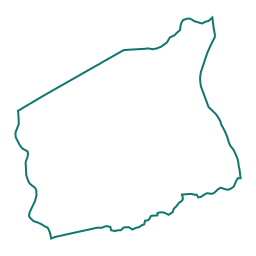 Itaguatins, Tocantins, Brazil
{"feature_id": "56859067B12932377122476", "entity_name": "Itaguatins", "entity_type": "district", "adm_level": 2, "iso_a3": "BRA", "parent_name": "Brazil", "parent_adm1": "Tocantins", "projection": "mercator", "projection_center": [-47.574, -5.788], "detail": "fine", "context": "isolated", "style": "outline", "palette": "teal", "viewbox_px": 256, "rotation_deg": 0, "n_neighbors": 0, "source": "geoboundaries", "source_scale": "gbopen_adm2", "svg_char_len": 1856}
<svg xmlns="http://www.w3.org/2000/svg" viewBox="0 0 256 256"><path d="M237.5,158.5L233.7,150.1L230.1,145.4L228.6,141.7L227.1,136.5L224.4,130.3L223.0,127.7L221.5,125.0L220.1,120.7L216.8,115.3L215.1,113.4L211.4,109.7L208.5,107.0L207.8,105.0L200.9,86.3L200.3,82.1L200.1,77.2L200.9,71.9L201.7,69.7L207.3,52.8L209.1,48.9L210.9,44.8L214.9,36.9L214.8,34.2L213.6,27.6L212.3,17.5L208.5,21.0L205.8,21.6L201.9,23.5L194.1,21.1L191.6,19.4L189.3,18.5L186.6,18.8L183.0,20.1L181.5,22.6L180.6,25.5L180.0,30.1L177.1,32.5L174.3,35.4L170.0,37.3L166.9,42.5L161.3,46.6L156.9,48.4L152.8,49.2L149.8,48.7L147.5,48.4L145.1,48.8L129.2,49.7L123.5,50.2L108.4,58.8L101.6,62.6L99.8,63.8L95.0,66.4L60.0,86.3L44.0,95.4L17.9,110.9L18.3,113.7L18.7,119.8L18.7,124.4L15.9,131.3L15.4,133.7L15.8,137.5L19.3,144.3L21.0,146.9L22.7,148.7L27.6,151.4L28.0,153.9L27.4,157.4L25.9,161.1L25.6,163.2L25.9,167.4L26.3,175.4L28.4,181.5L29.8,183.6L32.2,185.7L34.9,187.6L36.3,190.2L36.5,195.2L35.1,200.8L29.6,212.4L29.0,216.0L30.0,217.8L33.5,221.1L37.7,222.5L41.6,224.3L45.2,226.6L47.6,227.5L49.6,231.7L50.5,235.1L51.2,238.5L55.0,237.0L72.0,233.2L97.3,227.7L101.6,227.8L104.3,226.7L106.5,226.1L110.3,226.9L111.2,230.3L115.1,231.0L117.8,230.3L120.8,230.2L123.7,227.5L128.6,227.1L132.4,229.5L135.9,227.9L139.4,227.0L141.7,225.3L144.2,224.4L145.0,220.7L147.5,220.4L149.2,219.2L150.9,216.0L153.6,215.6L157.4,215.4L157.5,213.0L160.3,212.3L163.8,212.5L168.7,214.8L172.9,211.9L173.7,208.8L176.6,206.0L179.2,202.6L181.0,201.6L182.7,199.7L182.8,197.5L181.9,194.6L187.9,194.1L191.7,193.9L194.5,194.8L196.6,194.6L198.3,197.4L200.6,197.0L203.2,195.4L205.0,194.1L207.2,193.2L211.6,193.8L213.6,193.3L215.8,191.4L217.9,189.3L220.7,187.7L225.7,189.4L228.3,189.7L231.1,188.5L233.7,186.6L236.3,180.7L237.9,178.2L240.6,178.2L239.4,168.6L238.7,166.0L238.4,163.1L237.5,158.5Z" fill="none" stroke="#0f766e" stroke-width="2"/></svg>